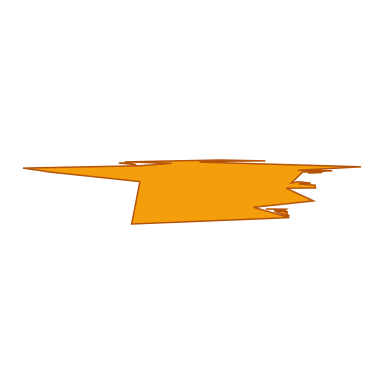 an SVG outline of Nationalparken
{"feature_id": "GRL-2742", "entity_name": "Nationalparken", "entity_type": "state/province", "adm_level": 1, "iso_a3": "GRL", "parent_name": "Greenland", "parent_adm1": "", "projection": "equal_earth", "projection_center": [-27.197, 77.317], "detail": "coarse", "context": "isolated", "style": "filled", "palette": "amber", "viewbox_px": 384, "rotation_deg": 0, "n_neighbors": 0, "source": "natural_earth", "source_scale": "10m", "svg_char_len": 699}
<svg xmlns="http://www.w3.org/2000/svg" viewBox="0 0 384 384"><path d="M289.3,217.6L131.7,224.0L139.9,181.6L52.9,172.4L23.0,168.1L138.7,165.8L171.8,163.3L124.8,161.9L220.3,160.0L265.4,160.9L213.9,161.3L199.4,162.1L361.0,166.8L297.9,170.3L332.3,170.8L302.6,172.1L291.2,183.1L298.2,181.7L310.8,183.1L298.4,183.9L315.1,185.2L315.5,188.0L286.1,188.2L313.5,200.9L253.5,207.3L289.3,217.6ZM128.3,162.8L136.4,164.8L118.8,163.0L128.3,162.8ZM284.5,211.3L289.2,216.1L274.8,211.4L284.5,211.3ZM285.5,209.6L265.9,209.0L286.2,209.2L285.5,209.6ZM307.9,173.1L319.1,172.1L322.3,172.5L307.9,173.1ZM283.7,209.8L288.0,212.3L284.3,211.1L274.0,210.6L283.7,209.8Z" fill="#f59e0b" stroke="#b45309" stroke-width="1.5"/></svg>